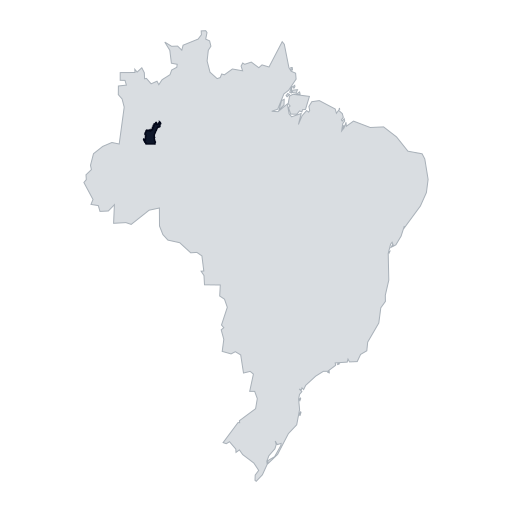 location of Juruá, Amazonas, Brazil
{"feature_id": "56859067B52882726289547", "entity_name": "Juruá", "entity_type": "district", "adm_level": 2, "iso_a3": "BRA", "parent_name": "Brazil", "parent_adm1": "Amazonas", "projection": "equal_earth", "projection_center": [-66.308, -3.375], "detail": "fine", "context": "in_parent", "style": "filled", "palette": "ink", "viewbox_px": 512, "rotation_deg": 0, "n_neighbors": 0, "source": "geoboundaries", "source_scale": "gbopen_adm2", "svg_char_len": 7258}
<svg xmlns="http://www.w3.org/2000/svg" viewBox="0 0 512 512"><path d="M146.4,78.4L151.1,83.8L157.0,81.2L158.8,84.7L162.1,79.7L170.0,74.7L171.7,70.0L176.8,67.3L177.2,64.3L171.4,63.2L169.8,50.3L164.8,42.1L171.6,46.3L177.6,46.1L181.8,50.2L183.1,45.2L198.1,39.1L201.4,34.8L201.2,30.9L205.7,30.7L207.0,32.6L205.7,39.1L209.6,40.9L210.9,46.2L208.3,50.3L207.1,61.0L210.0,72.2L217.1,78.6L220.2,77.6L221.7,74.0L224.4,74.8L232.4,69.0L242.6,70.8L241.1,66.1L242.7,63.0L244.7,64.3L251.3,62.1L258.8,67.7L262.0,64.9L269.0,67.0L282.2,41.7L284.3,44.3L288.9,67.6L291.1,71.2L295.6,73.2L296.1,79.1L288.6,90.3L283.9,93.9L277.7,109.2L271.7,111.3L278.0,111.7L287.3,104.0L289.1,113.8L291.6,116.8L301.2,113.5L298.4,124.5L302.1,115.7L306.6,110.6L308.7,112.1L309.7,110.5L308.9,106.5L311.8,101.7L319.3,100.6L335.2,109.0L336.4,113.3L338.6,110.3L342.3,113.6L343.3,117.3L341.4,119.8L342.2,121.1L344.2,118.7L344.7,121.0L342.8,123.5L341.6,131.0L344.1,127.9L346.0,122.3L346.3,126.3L353.5,121.1L370.2,127.5L383.6,126.9L396.6,137.0L407.9,151.2L422.1,153.8L424.8,159.0L428.1,179.4L426.4,192.6L420.4,206.0L404.3,227.9L404.3,226.1L401.1,236.1L395.9,244.8L393.6,246.1L392.1,242.2L390.6,244.2L388.2,253.5L388.8,280.1L385.3,295.3L385.4,301.4L380.8,307.8L378.8,323.0L367.7,342.1L366.8,350.8L360.6,354.4L357.2,361.6L349.5,361.9L348.0,359.1L347.2,362.1L335.2,362.9L335.6,365.3L327.7,371.3L323.4,371.3L315.6,376.2L305.7,385.3L303.6,389.6L302.0,387.9L301.3,389.9L299.2,389.0L301.9,391.6L299.5,394.4L298.6,399.1L299.6,409.5L296.7,424.8L288.4,433.6L277.6,454.4L267.9,463.7L267.9,460.6L274.6,456.7L280.9,445.4L281.1,443.4L277.3,444.6L275.2,441.0L276.2,444.6L274.9,448.8L268.9,455.7L266.8,461.2L267.2,464.3L262.4,474.8L256.2,481.3L255.0,480.3L255.2,475.1L258.7,470.4L253.9,463.1L242.7,454.6L239.4,449.9L236.0,452.4L235.8,449.1L229.5,441.7L226.3,443.7L223.1,442.6L238.0,422.6L239.7,422.7L239.4,420.7L255.6,408.7L257.3,398.6L254.7,391.4L249.7,391.4L253.4,374.1L250.2,371.4L243.5,373.0L240.7,354.9L235.3,351.7L231.1,353.9L222.2,351.4L223.8,339.4L221.2,329.8L223.8,327.7L221.5,325.0L227.3,307.3L224.5,299.2L219.7,296.0L220.3,285.0L204.5,284.8L204.0,275.6L201.1,271.2L203.8,271.0L201.9,255.9L196.9,252.4L190.7,252.8L179.7,242.7L167.9,240.1L162.9,234.6L159.5,226.0L159.4,208.0L149.1,210.2L131.2,224.4L125.9,222.6L113.6,223.3L114.4,204.7L108.3,211.0L100.0,211.4L98.3,205.6L91.0,204.4L93.0,199.5L83.9,182.5L86.3,179.6L86.0,174.8L91.4,169.6L90.5,165.3L93.5,153.7L102.7,146.4L111.9,142.5L119.2,144.0L124.2,107.1L122.1,99.0L118.3,94.6L118.4,86.0L126.4,85.1L125.0,80.4L120.2,80.3L120.2,72.6L135.0,72.5L134.8,69.3L137.1,72.1L141.8,67.8L144.3,72.7L144.6,78.8L146.4,78.4ZM293.0,94.3L309.4,96.4L305.5,109.4L302.5,109.7L301.9,111.9L299.5,110.9L296.9,114.2L290.7,114.1L288.5,107.6L290.1,106.0L288.2,103.7L289.5,96.1L293.0,94.3ZM279.0,109.9L281.6,100.6L284.2,99.3L284.0,105.0L279.0,109.9ZM297.5,89.7L296.0,93.2L292.2,92.4L292.8,90.2L297.5,89.7ZM291.9,85.9L291.3,93.0L289.7,92.3L291.9,85.9ZM300.1,94.2L297.8,94.6L296.7,94.0L299.6,91.9L300.1,94.2ZM289.5,94.5L287.1,96.8L286.1,95.6L287.8,93.5L289.5,94.5ZM293.9,88.2L292.7,86.8L294.7,85.3L294.9,86.7L293.9,88.2ZM292.5,69.9L291.2,70.2L290.8,67.6L292.2,67.5L292.5,69.9ZM299.9,415.9L299.5,413.7L300.7,411.8L301.0,412.4L299.9,415.9ZM329.1,370.5L329.3,372.9L327.8,372.4L329.1,370.5ZM299.9,400.6L299.2,399.4L300.4,398.0L300.7,398.6L299.9,400.6ZM343.8,126.3L342.7,129.0L343.8,125.2L343.8,126.3ZM392.7,246.5L391.1,247.3L392.2,245.2L392.7,246.5ZM339.4,363.8L337.8,364.6L337.4,364.2L338.5,363.1L339.4,363.8ZM389.9,251.3L389.2,252.8L388.9,251.8L389.9,251.3ZM339.5,108.0L339.6,109.4L339.1,109.2L339.5,108.0Z" fill="#d9dde1" stroke="#a8b0b8" stroke-width="1"/><path d="M155.3,142.0L155.2,141.9L155.1,141.5L155.0,141.2L154.8,140.8L154.6,140.5L154.5,140.4L154.6,140.0L154.6,139.9L154.5,139.5L154.3,139.2L154.3,138.7L154.3,138.4L154.3,137.9L154.6,137.6L154.6,137.3L154.5,137.2L154.2,137.2L154.3,136.7L154.2,136.4L154.2,136.2L154.2,135.5L154.3,135.3L154.3,134.6L154.3,134.4L154.5,134.2L154.7,133.8L154.8,133.5L154.9,133.1L155.3,132.7L155.3,132.4L155.3,132.1L155.6,131.7L155.6,131.4L155.8,131.1L155.8,130.9L155.9,130.7L156.0,130.6L156.3,130.4L156.5,129.7L156.5,129.4L156.7,129.2L156.8,129.0L157.0,128.5L157.2,128.0L157.3,127.8L157.4,127.7L157.5,127.7L157.6,127.2L157.8,127.0L158.0,127.2L158.3,127.2L158.5,126.9L158.8,127.0L158.9,126.8L159.0,126.8L159.1,127.0L159.6,126.8L159.7,126.6L159.8,126.6L159.9,126.4L160.0,126.2L160.0,125.9L159.9,125.7L159.8,125.4L159.6,125.2L159.6,124.8L159.6,124.7L159.8,124.4L160.2,124.2L160.6,123.9L160.7,123.7L160.7,123.4L160.5,123.0L160.4,122.7L160.2,122.3L159.9,122.3L159.7,122.1L159.5,121.9L159.5,122.0L159.4,122.2L159.2,122.5L158.7,123.0L158.5,123.4L158.3,123.8L158.1,124.2L157.8,124.5L157.7,124.5L157.1,124.5L156.9,124.3L156.7,123.9L156.7,123.4L156.6,122.9L156.4,122.7L156.1,122.4L155.8,122.6L155.7,122.8L155.8,123.1L155.9,123.4L156.1,123.7L156.3,123.9L156.3,124.1L156.2,124.2L155.9,123.9L155.9,123.7L155.6,123.8L155.6,123.7L155.4,123.9L155.2,124.0L155.2,123.9L155.1,123.7L155.0,123.8L154.9,123.9L154.7,124.0L154.6,123.9L154.5,124.0L154.4,124.1L154.3,124.3L154.2,124.5L154.3,124.6L154.2,124.7L154.1,125.0L154.0,124.9L154.0,125.1L153.9,125.2L153.9,125.3L153.8,125.2L153.7,125.3L153.6,125.5L153.6,125.8L153.5,126.0L153.4,126.1L153.4,126.3L153.4,126.5L153.3,126.4L153.3,126.6L153.1,126.7L153.1,126.8L153.2,127.0L153.0,127.3L152.9,127.4L152.8,127.6L152.7,127.6L152.7,127.8L152.7,128.0L152.5,127.9L152.5,128.0L152.4,128.2L152.5,128.3L152.4,128.4L152.3,128.5L152.3,128.8L152.3,129.0L152.2,129.2L152.2,129.3L152.3,129.3L152.1,129.5L152.0,129.8L151.9,129.9L152.0,130.0L151.9,130.1L151.7,130.0L151.5,130.4L151.3,130.4L151.2,130.4L151.1,130.2L151.0,130.3L151.0,130.2L150.8,130.2L150.7,130.1L150.4,130.2L150.4,130.3L150.3,130.2L150.2,130.1L150.0,130.3L149.9,130.3L149.9,130.2L149.9,130.3L149.8,130.2L149.7,130.3L149.7,130.2L149.6,130.3L149.6,130.2L149.5,130.3L149.4,130.3L149.2,130.3L148.9,130.2L148.6,130.2L148.4,130.3L148.2,130.3L148.0,130.5L147.9,130.4L147.7,130.4L147.5,130.5L147.4,130.4L147.3,130.5L147.2,130.3L147.1,130.2L146.9,130.2L146.7,130.1L146.4,130.3L146.2,130.5L146.1,130.8L146.0,131.0L146.0,131.3L145.9,131.4L145.9,131.6L145.9,131.8L145.9,132.1L145.6,132.4L145.4,132.5L145.4,133.0L145.1,133.2L145.0,133.5L145.1,134.3L145.0,134.6L145.1,134.8L145.4,135.0L145.8,135.1L146.0,135.2L146.1,135.3L146.1,135.5L146.0,135.9L145.9,136.1L145.9,136.3L145.6,136.6L145.4,136.9L145.5,137.1L145.5,137.4L145.5,137.7L145.6,137.9L145.6,138.2L145.6,138.4L145.6,138.6L145.4,138.7L145.3,138.8L145.2,139.1L145.3,139.3L145.5,139.5L145.5,139.8L145.5,140.1L145.3,140.2L145.2,140.2L144.7,139.9L144.4,139.8L144.2,139.6L143.8,139.0L143.7,139.0L143.6,139.3L143.6,139.5L143.8,139.9L143.8,140.0L143.9,140.3L144.0,140.5L144.0,140.4L144.0,140.5L144.2,140.8L144.3,140.8L144.5,140.9L144.6,141.0L144.7,141.3L144.8,141.4L144.7,141.6L144.8,141.7L144.8,141.8L144.9,142.0L144.9,141.9L144.9,142.1L145.0,142.1L145.1,142.3L145.3,142.5L145.5,142.6L145.7,142.8L145.9,142.9L146.1,143.1L146.0,143.3L145.9,143.4L146.0,143.5L145.9,143.8L146.0,143.9L147.2,143.9L154.1,143.9L154.6,143.9L154.7,144.0L154.8,144.0L155.0,143.9L154.9,143.7L154.9,143.0L155.0,142.7L155.3,142.4L155.4,142.1L155.3,142.0ZM149.4,130.3L149.5,130.3L149.5,130.2L149.4,130.2L149.4,130.3Z" fill="#0f172a" stroke="#020617" stroke-width="1.5"/></svg>